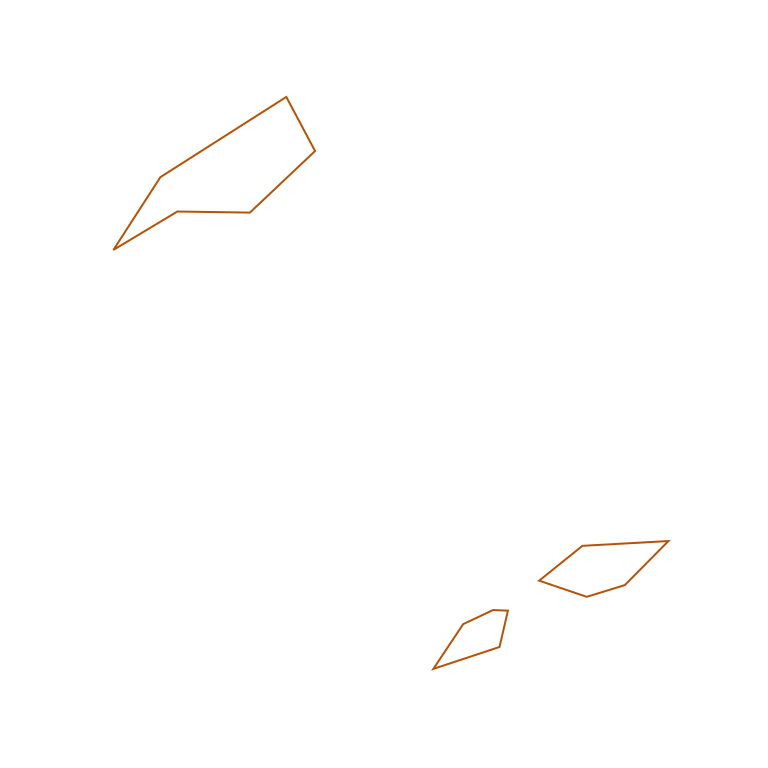 map outline of United States Virgin Islands (Natural Earth projection), rotated 149°
{"feature_id": "VIR", "entity_name": "United States Virgin Islands", "entity_type": "country or territory", "adm_level": 0, "iso_a3": "VIR", "parent_name": "North America", "parent_adm1": "", "projection": "natural_earth1", "projection_center": [-64.793, 18.043], "detail": "fine", "context": "isolated", "style": "outline", "palette": "amber", "viewbox_px": 768, "rotation_deg": 149, "n_neighbors": 0, "source": "natural_earth", "source_scale": "50m", "svg_char_len": 393}
<svg xmlns="http://www.w3.org/2000/svg" viewBox="0 0 768 768"><g transform="rotate(149 384 384)"><path d="M410.7,600.0L472.3,638.3L546.9,638.3L469.1,676.5L319.9,680.4L323.1,619.2L410.7,600.0ZM352.3,135.5L297.3,143.1L221.1,102.9L281.1,87.6L319.9,97.2L352.3,135.5ZM488.4,114.4L439.8,137.4L407.0,134.1L394.5,125.9L420.4,99.1L488.4,114.4Z" fill="none" stroke="#b45309" stroke-width="2"/></g></svg>